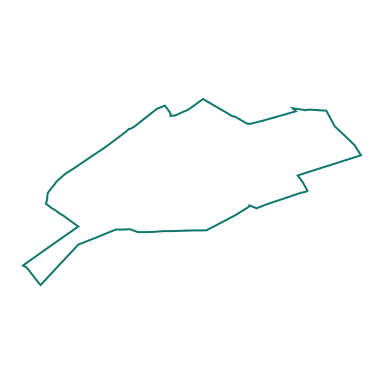 Varakļāni, Varaklanu, Latvia
{"feature_id": "27541924B76444733337107", "entity_name": "Varakļāni", "entity_type": "district", "adm_level": 2, "iso_a3": "LVA", "parent_name": "Latvia", "parent_adm1": "Varaklanu", "projection": "natural_earth1", "projection_center": [26.753, 56.603], "detail": "fine", "context": "isolated", "style": "outline", "palette": "teal", "viewbox_px": 384, "rotation_deg": 0, "n_neighbors": 0, "source": "geoboundaries", "source_scale": "gbopen_adm2", "svg_char_len": 2276}
<svg xmlns="http://www.w3.org/2000/svg" viewBox="0 0 384 384"><path d="M292.7,108.2L295.9,111.3L285.7,114.2L282.2,115.2L264.3,120.3L250.6,123.8L248.6,123.9L246.5,123.3L234.9,116.6L232.6,116.3L230.0,114.8L227.3,113.2L227.2,113.1L215.5,106.3L204.1,99.7L203.9,99.6L203.4,99.3L203.0,99.0L202.1,99.7L196.8,103.5L191.5,107.4L189.4,108.8L187.2,110.2L183.8,111.6L180.4,113.1L177.8,114.3L175.3,115.4L174.6,115.5L173.9,115.6L173.0,115.6L172.1,115.6L170.5,116.0L170.4,113.7L169.5,111.8L168.6,110.7L167.5,109.0L164.8,105.6L156.8,108.9L134.1,126.8L132.7,127.6L131.4,128.3L131.0,128.5L130.6,128.8L128.9,128.9L126.6,131.2L125.3,132.2L124.4,132.9L120.3,135.9L119.8,136.4L117.0,138.5L105.9,146.7L104.3,147.9L98.1,152.0L96.0,153.4L93.9,154.8L93.7,155.0L93.4,155.2L93.2,155.3L89.9,157.5L88.4,158.5L87.0,159.5L86.9,159.6L86.4,159.9L84.3,161.3L82.5,162.5L81.0,163.6L79.1,164.8L74.6,167.9L73.5,168.6L69.7,171.0L65.5,173.7L65.4,173.8L64.8,174.2L63.3,175.5L61.8,176.9L60.3,178.2L58.5,179.8L57.1,181.0L56.2,182.0L55.9,182.3L55.2,183.5L54.0,185.1L52.3,187.1L51.0,188.7L50.1,189.8L49.7,190.4L47.6,193.4L47.3,196.9L47.1,199.6L45.9,203.7L52.1,208.4L52.8,208.9L54.0,209.4L54.4,209.6L60.4,214.0L63.0,215.4L67.8,218.9L77.8,226.2L78.3,226.5L65.0,235.8L54.0,243.5L47.6,248.0L30.5,260.1L23.0,265.5L25.8,267.0L26.5,267.5L27.1,268.0L31.1,273.2L38.5,282.7L40.6,285.0L41.0,284.6L59.1,265.1L63.3,260.7L78.1,244.8L78.7,244.4L80.1,243.9L91.7,239.3L95.6,237.8L100.7,235.7L105.8,233.6L115.2,229.8L116.0,229.6L116.9,229.5L117.7,229.5L120.6,229.6L126.5,229.4L129.8,229.2L137.7,232.0L140.9,232.1L141.3,232.1L141.7,232.1L142.0,232.1L142.3,232.1L142.6,232.1L142.8,232.1L146.5,232.1L153.1,231.9L164.1,231.1L171.7,231.1L194.4,230.4L195.7,230.4L202.3,230.4L206.6,230.3L207.5,229.9L207.8,229.5L211.9,227.5L233.6,216.1L233.9,216.0L234.3,215.8L234.5,215.7L237.7,213.7L248.7,206.9L249.3,205.4L253.7,207.1L256.6,208.3L266.4,204.4L271.7,202.6L277.1,200.8L277.8,200.6L299.4,193.3L300.2,193.1L300.6,192.8L303.6,192.3L304.9,192.0L306.2,191.6L307.4,190.8L307.2,190.5L303.0,182.6L299.3,177.5L297.7,175.5L302.2,174.0L333.6,164.0L361.0,155.3L354.5,145.1L344.9,135.8L334.8,126.4L326.3,110.7L318.8,110.2L309.5,109.6L304.9,110.2L303.8,110.0L303.1,109.8L296.3,108.8L295.4,108.7L292.7,108.2Z" fill="none" stroke="#0f766e" stroke-width="2"/></svg>